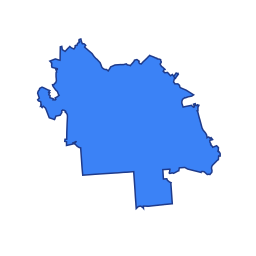 Īles pag., Auces, Latvia, rotated 195°
{"feature_id": "27541924B56863869221603", "entity_name": "Īles pag.", "entity_type": "district", "adm_level": 2, "iso_a3": "LVA", "parent_name": "Latvia", "parent_adm1": "Auces", "projection": "albers", "projection_center": [23.001, 56.556], "detail": "fine", "context": "isolated", "style": "filled", "palette": "blue", "viewbox_px": 256, "rotation_deg": 195, "n_neighbors": 0, "source": "geoboundaries", "source_scale": "gbopen_adm2", "svg_char_len": 5584}
<svg xmlns="http://www.w3.org/2000/svg" viewBox="0 0 256 256"><g transform="rotate(195 128 128)"><path d="M159.5,70.7L158.1,71.2L152.6,73.1L148.1,74.7L128.3,81.4L126.4,82.0L120.9,84.0L117.4,85.1L111.2,87.3L105.3,70.2L102.8,62.7L102.1,60.7L101.7,59.5L101.5,59.0L100.8,57.0L100.7,56.7L100.6,56.3L99.2,52.3L97.7,54.8L95.4,55.9L95.5,55.9L92.7,54.8L92.3,54.5L93.0,56.5L89.1,57.5L88.6,57.5L85.7,58.6L85.0,58.9L79.5,61.0L79.4,61.0L78.0,61.6L76.1,62.3L75.1,62.7L74.8,62.9L74.5,62.9L72.7,63.7L72.3,63.8L65.6,66.3L67.1,70.6L69.6,77.9L72.3,85.7L72.2,86.3L74.0,86.6L75.3,87.2L76.4,87.7L77.4,89.0L80.6,87.9L83.6,96.8L77.1,99.0L76.3,99.3L76.7,98.9L76.7,97.5L76.5,96.7L76.5,96.1L76.6,95.6L76.6,95.3L76.4,95.1L76.2,94.9L75.9,95.0L74.9,95.3L73.9,96.1L72.3,96.0L70.8,97.3L68.4,99.6L67.9,99.8L68.0,101.1L68.1,102.8L62.9,104.6L59.8,103.8L58.9,103.8L46.0,104.0L46.1,104.3L45.5,105.1L44.6,105.3L43.2,105.5L39.4,103.6L38.0,104.2L36.8,104.3L36.3,105.5L35.8,106.4L35.7,106.6L35.6,107.0L35.7,107.7L35.8,108.4L35.9,108.7L36.1,109.1L36.5,109.9L36.8,110.4L37.0,111.2L37.1,112.0L37.1,112.6L37.0,113.1L36.9,113.4L36.7,113.9L36.6,114.2L34.6,117.7L34.1,118.5L33.9,119.1L33.7,119.3L33.5,119.6L33.1,120.2L33.0,120.4L32.8,120.5L32.5,120.8L33.2,124.4L32.4,124.5L31.7,124.8L32.0,125.7L32.2,126.7L32.3,127.0L33.2,128.1L34.4,128.9L34.6,128.5L35.2,128.9L35.0,129.9L35.6,132.5L37.8,133.8L41.2,131.3L41.8,132.1L43.8,133.2L43.6,133.7L44.1,134.4L45.0,135.2L45.8,136.8L45.5,137.5L44.0,138.2L43.3,138.7L44.7,139.8L45.3,140.2L46.0,139.2L46.6,139.7L47.4,140.0L47.7,140.2L48.9,139.5L49.1,139.2L49.2,139.5L49.4,139.9L50.1,141.2L50.4,141.8L50.7,142.1L51.2,142.6L51.7,143.1L52.2,143.5L54.6,145.2L55.1,145.6L56.1,146.8L56.5,147.2L61.1,155.2L61.4,155.6L62.9,158.2L64.5,161.1L65.3,162.2L65.6,162.4L64.9,162.8L65.0,163.1L65.8,166.0L65.4,168.3L67.1,168.4L67.2,167.5L68.7,167.5L69.4,168.9L70.7,168.1L70.9,167.9L69.6,166.3L69.4,166.0L69.3,165.6L70.2,165.0L70.9,165.4L72.2,166.0L72.6,166.3L73.4,165.9L78.1,163.6L80.2,162.5L82.5,166.0L82.9,168.0L82.7,169.9L82.0,170.7L81.5,171.3L81.1,172.0L80.3,172.0L78.0,173.7L76.7,174.3L74.7,175.3L73.2,177.0L81.6,179.6L87.3,180.4L88.2,180.7L88.6,181.2L89.4,182.6L91.2,183.5L91.3,183.5L94.1,182.8L94.2,183.0L95.9,184.2L96.0,186.7L96.0,187.1L95.9,187.5L95.9,188.2L95.9,188.6L95.0,188.2L94.6,189.9L94.3,190.4L93.3,193.0L93.9,193.7L94.0,193.6L94.4,193.2L95.3,193.6L95.8,193.5L97.1,189.6L98.9,191.2L100.5,189.5L104.2,191.9L106.7,190.9L107.4,191.1L107.5,191.4L108.7,191.9L108.4,193.2L108.0,194.1L107.5,194.2L107.6,194.3L109.6,195.3L110.0,195.6L111.5,196.1L112.6,197.1L113.2,197.6L113.5,198.2L112.9,200.0L113.1,200.7L113.5,200.9L114.2,202.5L115.8,202.6L117.0,202.4L117.8,202.4L118.0,202.8L119.0,202.9L119.9,202.8L120.2,203.0L121.5,203.2L124.5,203.5L124.8,203.5L125.0,203.5L125.7,203.6L125.8,203.7L126.8,202.2L127.1,201.5L127.5,200.8L127.9,200.1L128.2,199.6L128.3,199.5L128.3,199.4L130.5,195.9L131.4,194.1L131.9,193.2L133.6,193.3L134.5,194.3L134.7,194.7L134.5,195.4L137.1,196.4L139.3,195.2L139.4,194.3L139.6,193.6L140.7,191.3L141.3,190.2L141.9,188.8L142.8,189.0L145.1,188.8L146.1,189.5L146.6,189.3L148.7,188.1L149.5,187.9L151.1,187.4L151.4,187.4L154.6,186.3L156.9,185.5L160.6,182.5L161.0,180.7L161.9,178.0L163.8,178.9L164.3,178.9L165.0,178.6L165.5,178.6L167.0,178.8L167.3,179.0L168.0,179.3L168.6,179.6L168.8,179.8L169.5,180.6L169.7,180.9L170.2,181.7L171.9,183.9L175.9,186.4L177.0,186.8L179.2,188.2L182.0,190.6L190.9,194.9L190.7,195.8L190.3,196.6L190.2,196.8L190.8,197.3L192.4,198.0L193.9,197.6L195.2,199.3L196.6,201.8L198.1,200.8L197.9,199.1L197.0,198.7L197.3,197.9L198.3,197.1L198.6,196.5L198.7,195.0L198.7,194.6L200.0,194.2L200.4,193.6L199.9,192.4L200.7,190.3L203.6,190.8L205.3,191.7L206.0,190.4L206.8,189.1L208.6,185.7L211.8,186.7L212.1,187.3L212.3,188.0L213.1,189.7L214.4,188.9L211.2,176.1L211.2,175.8L213.5,175.8L214.9,175.9L216.1,175.9L220.8,172.4L218.9,171.3L218.7,170.8L218.4,170.8L217.9,168.3L217.1,166.9L212.1,167.0L211.6,167.0L211.5,166.6L211.4,166.2L212.8,165.8L211.8,164.4L211.6,163.8L211.4,163.5L211.8,162.9L211.4,161.2L210.7,158.7L210.1,157.2L209.4,155.1L209.6,152.8L210.4,152.2L210.8,150.7L212.1,150.3L211.7,149.4L210.9,148.6L210.4,148.2L207.7,146.0L205.7,145.0L204.0,142.6L203.0,141.7L204.4,139.9L206.2,138.1L205.1,137.0L205.5,136.3L207.7,135.8L207.7,136.0L207.7,136.8L208.4,137.0L209.1,136.9L209.9,137.0L211.3,137.1L211.7,139.2L213.1,139.6L213.0,141.0L212.8,141.7L213.2,141.6L213.9,141.7L213.9,142.0L213.7,142.6L213.2,143.9L215.4,144.1L218.7,144.8L221.2,145.2L221.8,145.1L222.6,144.3L223.6,143.3L223.5,142.2L224.3,140.2L224.3,138.2L221.4,133.9L221.9,133.0L222.3,132.4L222.6,131.9L222.4,131.7L221.8,131.2L220.9,130.9L220.5,130.9L219.5,130.9L219.3,130.9L219.1,130.7L218.5,129.3L218.2,128.6L218.2,128.3L217.9,128.3L217.8,128.2L217.9,127.9L217.8,127.5L218.0,127.3L218.0,127.1L218.0,126.8L217.9,126.9L218.0,126.7L217.7,126.7L217.5,126.3L217.3,126.2L217.2,126.3L217.1,126.2L216.8,125.9L216.7,125.8L216.3,125.6L216.3,125.8L215.5,127.1L212.8,125.8L210.7,123.0L210.5,122.7L206.8,117.6L206.7,117.5L203.0,117.3L201.3,117.1L201.2,117.1L201.0,117.8L200.9,119.4L200.7,120.8L196.8,122.8L196.3,124.5L195.9,125.9L196.5,127.5L196.0,128.1L195.9,128.4L195.5,128.5L194.5,128.6L193.5,128.4L192.5,128.0L192.8,127.2L191.1,126.3L191.0,126.1L190.8,125.9L190.1,125.2L189.4,123.2L187.9,116.3L186.5,110.2L186.0,108.0L184.3,101.3L185.9,100.8L185.6,98.7L183.8,98.8L183.6,98.0L182.9,95.2L178.3,97.6L176.9,98.4L177.0,98.7L177.4,99.3L176.9,99.6L174.8,101.4L174.7,101.4L174.8,100.8L175.5,99.5L175.8,99.0L173.2,97.8L172.5,97.2L170.0,96.5L168.6,96.6L161.9,77.2L159.5,70.7Z" fill="#3b82f6" stroke="#1e3a8a" stroke-width="1.5"/></g></svg>